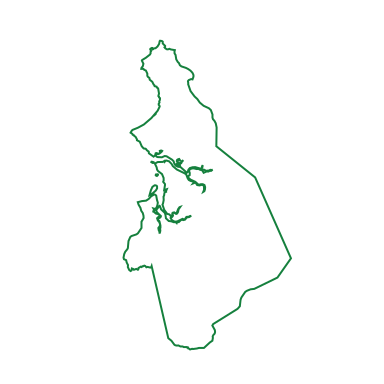 the district of Cogo, Litoral, Equatorial Guinea, rotated 77°
{"feature_id": "11065452B22787327477805", "entity_name": "Cogo", "entity_type": "district", "adm_level": 2, "iso_a3": "GNQ", "parent_name": "Equatorial Guinea", "parent_adm1": "Litoral", "projection": "orthographic", "projection_center": [9.73, 1.167], "detail": "fine", "context": "isolated", "style": "outline", "palette": "green", "viewbox_px": 384, "rotation_deg": 77, "n_neighbors": 0, "source": "geoboundaries", "source_scale": "gbopen_adm2", "svg_char_len": 6083}
<svg xmlns="http://www.w3.org/2000/svg" viewBox="0 0 384 384"><g transform="rotate(77 192 192)"><path d="M278.9,110.5L192.0,127.2L152.9,158.0L134.7,153.5L130.4,153.4L127.8,154.1L125.7,155.2L124.0,155.3L121.1,154.6L116.4,155.2L114.2,156.7L110.6,161.3L106.6,164.3L102.6,165.9L99.5,168.0L93.4,170.7L86.1,171.5L84.9,171.1L83.4,171.1L82.8,170.8L82.2,169.9L81.8,167.4L82.4,166.2L80.6,165.0L79.3,164.4L77.9,164.3L75.8,164.8L73.4,166.2L71.4,168.0L69.7,170.0L67.2,174.1L65.7,175.3L63.5,175.7L62.1,176.6L59.2,177.5L54.7,177.2L53.1,177.8L51.3,177.5L49.9,176.8L48.3,180.6L47.4,181.8L47.6,183.3L47.3,184.4L46.0,185.7L45.1,186.1L45.1,185.8L43.6,185.3L40.7,187.1L38.9,186.7L38.1,187.4L37.4,189.1L37.8,189.6L40.3,190.7L42.5,192.9L43.7,195.2L43.5,196.9L44.1,197.7L44.2,198.3L42.7,198.4L42.6,198.7L43.0,200.1L43.4,200.6L45.6,200.2L46.2,200.9L47.5,201.1L48.6,202.0L50.8,206.7L52.2,210.9L52.7,211.3L56.1,210.5L58.3,211.6L59.8,213.4L60.6,213.7L61.1,211.6L62.2,211.1L63.3,209.6L66.6,208.9L68.7,209.4L69.8,209.1L71.2,207.9L73.1,207.9L75.7,205.9L78.7,205.2L79.6,204.6L80.5,204.6L81.4,202.8L82.5,202.6L83.4,201.7L88.7,202.0L90.9,203.2L91.7,202.7L92.5,202.8L93.3,202.1L94.0,202.2L95.1,202.6L96.4,203.6L97.4,203.5L98.7,204.7L99.7,204.8L100.4,204.3L101.5,204.3L105.0,207.1L106.8,209.4L107.8,209.8L108.3,210.7L107.6,210.6L110.8,214.9L115.4,223.7L117.2,230.2L118.1,235.8L118.6,236.8L120.4,238.5L122.0,237.0L122.9,236.9L123.7,235.8L124.3,235.7L125.5,234.6L128.3,233.8L129.2,234.0L131.2,231.6L136.1,230.7L138.2,229.6L138.9,229.0L139.3,227.6L139.9,227.1L141.2,226.6L142.9,225.1L144.6,225.3L148.9,221.5L148.1,219.8L146.1,218.7L146.0,218.1L147.2,215.8L147.0,214.9L146.4,214.2L144.7,214.1L144.6,212.8L144.9,212.2L145.3,211.8L145.8,212.4L144.8,213.0L144.9,213.7L146.7,213.9L147.3,215.2L147.5,216.6L146.6,218.6L148.7,219.0L149.5,218.6L150.2,217.8L151.4,213.5L150.8,210.5L151.5,208.7L156.1,204.1L157.9,203.0L160.7,202.8L162.6,201.9L164.3,199.9L164.7,198.7L162.5,198.6L161.2,197.9L162.9,199.7L162.9,200.3L162.3,200.9L161.2,200.7L160.9,199.3L158.4,199.9L157.3,199.2L157.0,198.2L158.1,197.5L158.3,196.8L157.0,197.4L156.2,197.3L158.5,196.5L158.4,197.8L157.4,198.7L157.7,199.3L158.8,199.6L161.0,198.9L161.4,200.6L162.4,200.5L162.5,200.2L160.8,198.3L161.2,196.8L159.5,194.5L159.1,193.3L160.3,195.1L161.5,196.0L161.9,197.3L162.8,197.8L164.8,197.8L172.0,192.7L171.5,191.7L169.4,190.4L168.2,188.7L168.0,185.9L168.5,183.2L171.4,178.0L171.0,177.4L168.9,176.2L168.3,175.5L170.2,176.3L171.8,177.8L172.6,177.0L172.8,175.5L174.8,173.1L174.6,172.4L174.9,170.9L174.5,169.2L174.9,168.8L174.9,166.9L175.7,168.6L175.3,170.3L175.8,171.3L175.3,173.3L175.9,176.3L173.3,177.1L171.9,179.5L171.0,180.4L170.7,182.3L169.4,184.9L169.1,186.2L169.2,188.2L169.8,189.7L171.3,190.1L172.9,189.9L175.1,190.5L175.8,192.5L177.9,192.0L179.7,190.5L182.8,186.5L186.5,183.9L186.4,181.6L186.8,179.8L188.0,178.3L190.2,178.1L192.4,178.8L194.0,179.8L194.4,181.0L192.7,179.8L189.4,179.1L188.4,179.2L187.2,180.6L187.3,183.2L186.4,185.4L184.2,186.2L183.6,186.9L183.9,189.0L183.0,187.9L182.4,187.9L180.9,190.9L179.6,192.4L177.8,193.1L173.6,193.7L172.2,194.9L166.7,201.7L162.4,204.9L160.2,205.5L157.0,207.4L155.6,209.8L155.6,210.5L156.4,211.8L155.5,211.8L156.1,213.7L155.1,218.7L155.7,220.9L156.4,221.7L160.0,220.9L162.3,221.0L163.9,220.4L167.8,217.2L171.9,216.5L174.4,217.0L175.6,217.8L178.0,216.6L179.0,216.7L183.9,218.7L183.6,215.9L185.3,217.1L186.0,217.2L186.0,218.6L187.3,219.3L189.2,220.0L190.1,220.8L193.5,221.4L196.8,222.9L197.6,223.6L203.0,223.1L207.7,221.1L208.7,219.2L210.6,217.9L210.9,217.3L210.6,216.6L208.2,215.9L207.8,215.1L207.9,213.8L209.3,212.6L209.2,211.8L205.5,209.3L204.0,207.6L203.9,206.8L205.9,209.0L208.3,210.1L209.6,211.3L209.8,212.4L208.2,214.0L208.2,215.2L208.9,215.9L210.6,215.8L211.3,216.3L211.9,217.1L212.0,218.5L212.8,218.7L215.0,217.8L216.7,215.9L217.2,214.7L217.3,212.8L216.0,207.2L216.9,206.1L217.1,205.3L215.0,203.0L215.4,200.4L215.0,199.7L215.0,198.1L215.8,200.4L215.6,202.7L217.4,205.1L217.4,206.9L216.8,207.8L216.8,209.0L218.4,211.7L218.0,213.3L218.9,213.9L217.7,214.7L217.3,216.6L215.9,218.8L215.0,221.2L211.8,223.3L208.1,223.0L206.2,223.2L202.0,226.0L198.6,226.4L198.2,226.8L201.3,230.7L201.9,231.0L203.9,230.7L208.5,227.7L209.4,228.3L210.0,229.4L209.9,230.8L210.2,231.4L211.5,231.2L213.2,230.3L217.5,230.3L219.7,230.8L220.7,231.4L222.3,231.5L223.8,232.1L225.2,233.1L223.5,232.6L221.9,233.0L219.5,232.9L218.0,231.1L216.8,230.4L214.1,230.6L212.0,231.7L209.7,231.9L208.8,230.4L208.4,228.8L208.0,228.4L207.0,229.0L205.7,230.3L205.0,231.9L202.5,233.8L202.0,234.9L202.1,233.6L201.5,232.8L199.4,233.3L200.1,232.1L199.5,230.3L197.1,228.7L194.7,227.7L191.8,227.9L187.4,227.7L186.3,228.6L185.9,229.4L187.0,232.8L189.0,235.7L190.1,238.7L189.6,242.8L189.7,247.1L192.3,246.9L195.8,245.8L198.8,245.7L201.4,244.7L204.1,244.6L206.5,245.0L209.6,247.9L215.7,249.3L220.1,254.0L220.8,255.7L221.3,260.9L222.0,262.3L225.5,264.9L232.2,267.1L233.2,267.9L235.2,270.5L237.2,272.0L240.6,273.5L242.2,273.4L243.6,271.5L246.0,271.5L248.8,270.8L250.7,271.4L253.9,270.7L255.2,269.6L254.8,268.5L253.0,267.8L253.7,266.7L254.7,266.1L254.4,263.6L255.6,262.2L255.4,261.8L254.0,261.2L253.2,258.6L253.8,258.0L253.2,256.8L253.4,256.2L253.0,255.1L253.7,254.1L255.1,253.4L255.0,252.1L256.3,249.6L256.0,248.6L255.1,248.0L329.1,248.0L332.3,245.5L336.9,243.5L337.4,243.0L338.1,241.8L338.5,239.7L339.9,238.0L340.4,235.9L341.3,234.8L341.9,231.9L342.5,231.7L342.6,230.9L343.5,230.9L343.7,230.4L345.0,229.3L344.8,227.1L345.2,226.5L345.6,222.4L345.5,220.3L346.6,215.4L342.6,208.4L341.5,205.6L338.9,204.5L337.3,204.3L336.1,203.3L335.1,201.8L333.6,201.0L331.7,200.8L326.7,202.2L325.4,201.0L316.1,173.9L314.1,171.1L307.9,168.9L305.9,167.6L301.3,162.6L300.6,160.7L300.0,156.8L300.4,153.1L294.6,128.0L278.9,110.5ZM185.5,234.1L184.5,230.7L182.4,226.9L180.6,225.2L178.8,224.8L178.0,225.0L177.3,226.0L177.1,227.0L178.1,229.4L181.1,231.7L185.5,234.1ZM167.9,223.4L168.5,222.6L167.9,221.5L167.3,221.2L167.0,221.4L166.8,223.2L167.4,223.6L167.9,223.4ZM153.7,224.9L154.8,223.9L155.1,222.5L154.4,222.6L153.7,223.8L153.4,224.6L153.7,224.9Z" fill="none" stroke="#15803d" stroke-width="2"/></g></svg>